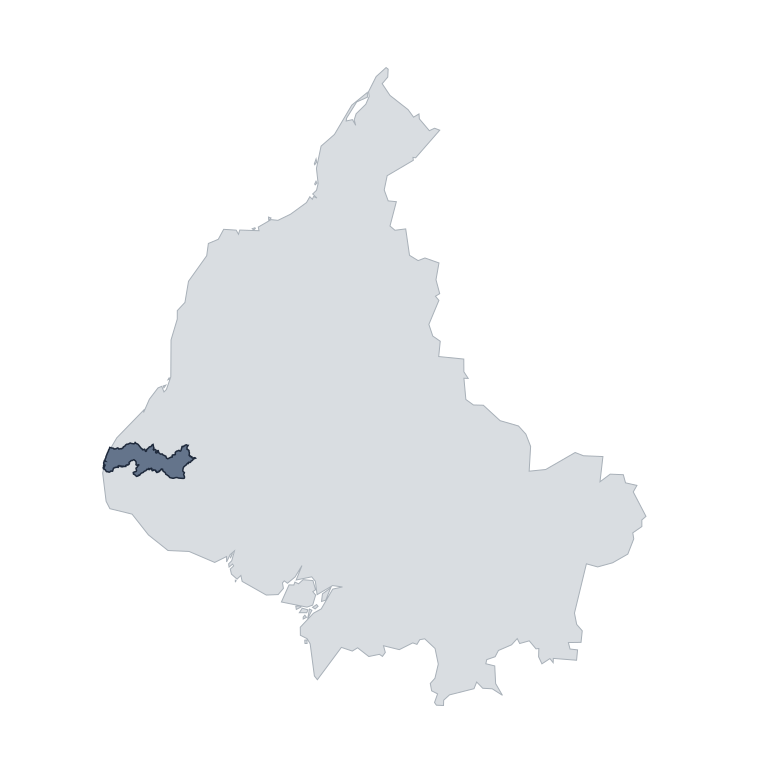 Brazil, with Pernambuco highlighted, rotated 185°
{"feature_id": "BRA-1313", "entity_name": "Pernambuco", "entity_type": "State", "adm_level": 1, "iso_a3": "BRA", "parent_name": "Brazil", "parent_adm1": "", "projection": "natural_earth1", "projection_center": [-37.928, -8.379], "detail": "fine", "context": "in_parent", "style": "filled", "palette": "slate", "viewbox_px": 768, "rotation_deg": 185, "n_neighbors": 0, "source": "natural_earth", "source_scale": "10m", "svg_char_len": 9581}
<svg xmlns="http://www.w3.org/2000/svg" viewBox="0 0 768 768"><g transform="rotate(185 384 384)"><path d="M209.5,133.4L216.9,140.8L226.2,137.3L229.1,142.0L234.2,135.3L246.8,128.5L249.5,122.0L257.6,118.4L258.2,114.2L249.1,112.8L246.7,95.3L238.9,84.2L249.6,89.8L259.1,89.5L265.7,95.2L267.8,88.3L291.7,80.0L297.0,74.2L296.7,68.9L303.8,68.6L305.9,71.1L303.6,80.0L309.8,82.5L311.8,89.7L307.6,95.3L305.5,109.7L310.1,125.0L321.2,133.7L326.1,132.4L328.5,127.5L332.8,128.6L345.6,120.7L361.7,123.2L359.3,116.7L361.8,112.5L365.0,114.3L375.4,111.2L387.3,118.9L392.3,115.2L403.5,117.9L424.6,83.6L427.9,87.1L434.9,118.7L438.4,123.6L445.4,126.4L446.2,134.4L434.3,149.5L426.9,154.5L417.2,175.2L407.7,178.2L417.7,178.7L432.3,168.3L435.2,181.5L439.2,185.6L454.4,181.1L449.9,196.0L455.8,184.0L462.8,177.1L466.2,179.2L467.8,177.0L466.4,171.6L471.1,165.0L482.9,163.5L508.1,175.0L509.9,180.8L513.4,176.8L519.4,181.3L521.0,186.2L517.9,189.7L519.2,191.4L522.4,188.1L523.1,191.3L520.3,194.6L518.4,204.8L522.4,200.6L525.3,193.0L525.8,198.4L537.1,191.5L563.6,200.2L584.7,199.3L605.5,213.1L623.6,232.4L646.2,235.9L650.6,242.9L656.5,270.7L654.2,288.8L645.5,307.1L621.0,337.2L621.0,334.7L616.4,348.4L608.8,360.4L605.2,362.3L602.5,356.9L600.3,359.6L597.0,372.5L600.0,409.3L595.6,430.6L596.3,439.1L589.4,447.9L587.7,469.3L571.8,496.3L571.2,508.7L561.7,513.7L557.2,524.1L544.7,524.4L542.0,520.5L541.1,524.8L521.9,525.8L522.9,529.4L510.8,537.9L503.9,537.8L491.9,545.0L477.0,558.0L474.2,564.1L471.5,561.8L470.5,564.6L467.0,563.4L471.6,567.1L468.1,571.1L467.1,578.0L470.1,593.0L467.4,615.5L455.1,628.3L440.4,659.0L426.0,673.0L425.5,668.3L435.8,662.6L444.4,645.7L444.6,642.7L438.5,644.6L434.7,639.2L436.7,644.5L435.3,650.8L426.5,661.1L423.8,669.2L424.9,673.8L418.6,689.6L409.5,699.4L407.3,698.0L407.0,690.1L412.0,683.0L403.2,672.0L383.9,659.4L377.8,652.4L372.7,656.1L371.9,651.2L360.9,640.3L355.9,643.2L350.6,641.7L372.2,612.1L374.9,612.3L374.3,609.4L399.0,591.8L400.7,577.3L395.8,566.8L387.6,566.7L391.8,541.9L386.5,538.1L375.9,540.4L369.8,514.4L360.8,509.9L354.2,513.1L339.8,509.4L341.3,492.4L336.4,478.9L340.4,475.9L336.6,472.1L344.5,447.3L339.6,436.0L331.7,431.5L331.9,416.1L306.7,415.8L305.5,403.1L300.6,396.9L304.9,396.7L301.1,375.7L293.1,370.9L283.2,371.5L265.2,357.6L246.4,353.9L238.3,346.4L232.5,334.6L231.8,309.8L215.5,312.9L187.6,332.4L179.1,329.9L159.6,330.8L160.3,305.4L150.8,313.9L137.7,314.5L134.8,306.6L123.2,305.0L126.3,298.2L111.5,275.0L115.3,271.0L114.7,264.5L123.2,257.4L121.7,251.5L126.3,235.8L140.7,225.8L155.2,220.4L166.7,222.5L174.3,172.4L171.1,161.3L165.0,155.4L165.2,143.8L177.8,142.5L175.6,136.2L168.0,136.0L168.1,125.6L191.4,125.4L191.2,121.1L194.8,124.9L202.3,119.0L206.2,125.7L206.7,134.0L209.5,133.4ZM441.3,155.0L467.2,157.9L461.1,175.6L456.3,175.9L455.5,178.9L451.7,177.5L447.5,182.0L437.7,182.0L434.2,173.1L436.8,170.9L433.7,167.8L435.8,157.5L441.3,155.0ZM419.3,176.3L423.2,163.6L427.3,161.9L427.0,169.6L419.3,176.3ZM448.4,148.8L445.9,153.5L440.1,152.4L441.0,149.4L448.4,148.8ZM439.6,143.6L438.6,153.3L436.1,152.3L439.6,143.6ZM452.5,154.9L448.8,155.5L447.2,154.6L451.7,151.8L452.5,154.9ZM435.7,155.3L431.9,158.4L430.3,156.8L433.0,153.9L435.7,155.3ZM442.7,146.8L440.9,144.8L444.0,142.8L444.2,144.7L442.7,146.8ZM440.6,121.9L438.5,122.3L438.0,118.8L440.1,118.6L440.6,121.9ZM471.3,602.3L470.4,599.2L472.1,596.4L472.6,597.2L471.3,602.3ZM513.0,536.7L513.6,540.2L511.0,539.5L513.0,536.7ZM469.4,580.1L468.3,578.3L469.9,576.4L470.5,577.2L469.4,580.1ZM521.7,198.5L520.1,202.1L521.8,197.0L521.7,198.5ZM603.8,362.8L601.2,363.9L602.9,361.0L603.8,362.8ZM528.8,527.2L526.2,528.4L525.7,527.7L527.3,526.1L528.8,527.2ZM599.6,369.4L598.6,371.4L598.0,370.2L599.6,369.4ZM514.8,173.6L515.0,175.6L514.2,175.3L514.8,173.6Z" fill="#d9dde1" stroke="#a8b0b8" stroke-width="1"/><path d="M655.3,274.8L654.8,275.0L655.7,275.0L656.1,275.1L656.2,275.5L656.5,276.1L656.2,277.0L656.0,276.4L656.0,276.9L655.6,276.0L655.5,276.3L655.8,277.1L655.7,277.4L655.4,277.5L655.2,277.6L655.1,277.9L655.5,277.6L655.3,278.4L655.3,279.0L655.9,279.3L655.9,280.3L656.1,279.9L656.4,280.7L656.3,280.9L656.4,281.1L656.3,281.4L655.9,283.3L655.7,283.3L655.5,283.2L655.0,282.8L654.8,282.8L655.1,283.0L655.2,283.7L655.4,283.9L655.5,283.6L655.2,285.1L654.9,285.7L654.6,286.6L654.6,287.2L654.6,287.8L654.4,288.1L653.4,291.5L652.8,292.9L652.8,293.1L652.7,293.2L652.6,294.2L652.0,295.2L651.7,296.9L651.3,296.8L650.9,296.8L649.6,296.5L648.3,296.5L647.3,296.0L647.2,295.7L645.3,296.1L644.1,297.0L643.7,297.1L642.8,296.7L642.7,296.6L642.6,296.2L641.5,296.3L640.3,296.8L640.1,296.8L639.9,296.6L639.7,296.6L638.9,297.3L638.6,297.6L638.2,297.9L638.3,298.4L638.2,298.6L636.6,299.7L636.5,299.9L636.2,300.6L635.1,301.6L633.6,301.8L631.7,303.1L630.8,302.8L628.0,302.6L627.7,302.7L627.3,303.0L626.8,304.1L626.6,304.0L626.0,303.3L625.6,303.1L624.2,302.7L623.5,302.2L620.5,299.0L619.9,298.6L619.3,298.3L618.8,297.4L618.0,297.5L617.1,298.2L616.7,298.1L616.4,297.8L616.3,297.2L615.9,296.4L615.6,296.1L615.3,296.1L614.8,296.6L614.7,298.0L613.0,299.8L612.5,300.6L612.2,300.9L610.8,301.3L610.7,301.5L610.3,302.0L610.0,302.7L609.5,303.2L608.8,303.7L608.6,303.2L608.2,301.5L608.1,301.2L607.7,300.5L607.7,300.1L607.8,299.8L607.7,299.6L608.0,299.1L608.1,298.6L607.6,298.1L606.8,298.8L606.4,298.9L605.4,298.3L605.0,297.5L605.5,296.6L605.6,296.1L605.4,295.7L604.8,295.4L604.3,295.6L603.9,296.1L603.7,296.7L603.7,297.5L603.6,297.9L603.4,298.0L603.1,298.0L603.0,297.8L602.5,296.3L602.4,296.0L602.3,295.8L601.5,295.4L601.0,294.9L600.2,294.6L599.7,294.8L599.0,295.0L598.7,294.9L598.4,294.5L597.8,294.0L596.6,293.6L596.2,293.6L595.8,293.2L595.1,293.1L595.0,292.7L594.7,292.4L594.4,291.5L594.2,291.2L593.7,291.1L593.2,290.7L592.9,290.7L592.6,290.8L589.8,292.6L588.8,292.7L588.6,292.8L588.6,293.1L588.8,294.2L588.7,294.6L588.6,294.8L587.7,295.0L587.1,295.2L586.2,295.3L585.9,295.4L585.8,295.6L585.7,295.9L586.0,296.9L585.9,297.7L585.8,297.9L584.8,299.0L583.6,299.4L582.7,300.0L582.1,299.9L581.9,299.6L581.4,299.4L580.8,299.5L580.5,300.0L579.9,303.0L579.8,303.5L579.8,304.0L579.7,304.2L579.3,304.3L578.7,304.1L578.4,304.2L578.1,304.7L577.8,304.9L577.2,305.0L576.8,305.7L576.6,305.8L575.5,306.2L574.8,305.9L574.3,305.6L573.8,305.7L574.0,305.2L574.5,304.5L574.7,303.9L574.7,303.1L574.5,302.3L574.6,301.9L574.4,301.7L573.7,301.6L572.9,301.0L572.5,300.8L572.4,299.7L572.0,299.0L571.9,298.7L571.9,298.0L571.8,297.3L572.0,296.2L571.8,295.8L571.5,295.5L571.2,295.7L570.8,295.5L570.7,295.4L570.6,294.9L570.5,294.7L569.5,294.9L569.2,294.9L569.0,294.6L569.0,293.9L568.7,293.7L568.2,293.6L567.4,293.7L566.7,294.0L566.3,294.1L565.9,294.1L565.3,293.7L566.5,293.1L567.5,292.4L567.7,292.1L568.2,291.1L569.3,290.7L569.4,290.4L569.5,290.0L569.9,289.4L570.1,289.1L570.6,288.9L571.2,289.1L571.4,289.2L571.5,289.2L571.8,288.8L572.0,287.8L572.6,288.0L572.8,288.0L573.0,287.4L573.6,287.0L573.9,286.2L574.8,285.5L575.7,284.5L576.0,284.3L576.3,283.9L576.7,282.7L576.9,280.7L576.8,279.8L576.6,279.4L576.1,279.0L575.3,278.5L575.1,278.3L575.3,277.6L575.6,277.0L575.7,276.4L575.5,275.9L575.3,275.5L574.7,274.3L574.6,273.8L574.7,272.9L575.3,272.5L576.8,272.4L580.5,272.4L581.9,272.8L582.2,272.8L583.4,272.6L585.3,271.8L586.4,271.7L589.1,272.1L589.4,272.3L590.8,273.8L591.6,274.0L592.3,274.6L593.4,275.0L593.6,275.2L593.9,276.1L594.5,276.9L596.0,277.6L596.6,278.1L597.2,279.8L598.2,279.3L598.5,279.8L598.6,279.7L599.4,278.4L600.0,277.5L600.2,277.4L600.4,277.6L600.7,276.8L601.3,276.6L601.6,276.7L602.0,276.2L602.4,276.1L602.7,276.1L602.9,276.1L603.2,277.0L603.5,277.2L603.8,277.2L603.9,277.3L603.9,278.0L604.0,278.1L604.5,278.2L604.8,278.4L605.3,278.3L605.9,277.9L606.1,277.9L606.3,278.2L606.8,277.6L607.2,277.4L607.3,277.4L607.5,277.6L607.9,278.7L607.9,279.4L608.0,279.6L608.5,279.8L608.8,279.6L608.9,279.2L609.2,279.4L609.6,279.3L609.8,279.1L610.0,278.6L610.4,279.1L611.0,279.3L611.1,279.1L611.0,278.7L611.3,278.3L611.7,278.2L612.4,278.5L612.6,278.5L613.0,278.1L613.5,277.1L613.8,276.8L615.0,276.3L615.4,276.0L615.8,275.4L616.2,274.9L617.7,274.2L618.4,273.7L618.7,273.1L619.2,272.5L619.3,272.1L619.4,271.9L620.0,271.6L620.2,271.9L620.5,271.8L620.8,271.6L621.1,270.9L622.5,270.4L622.9,270.7L623.9,271.6L624.5,271.9L625.0,272.3L625.5,272.3L625.8,272.6L625.8,273.1L626.1,273.9L626.0,274.1L625.8,274.2L624.4,274.9L623.8,275.0L623.3,275.3L623.1,275.6L623.0,276.5L623.6,278.0L623.7,278.6L623.5,278.8L622.8,279.3L622.6,279.9L622.0,281.0L621.3,281.6L621.2,282.1L621.3,282.2L621.5,282.2L621.9,282.0L622.4,281.9L623.0,281.5L623.9,281.8L624.0,282.0L624.1,282.3L623.9,283.0L624.3,285.0L625.0,285.9L625.6,286.1L626.0,286.5L626.5,286.8L626.9,286.7L627.9,285.9L628.3,285.8L629.0,285.8L629.2,285.7L629.8,285.0L630.1,284.5L630.7,284.2L631.1,283.7L631.1,283.2L630.7,282.4L631.2,281.6L631.4,281.5L631.9,281.4L631.8,281.2L632.0,281.0L633.0,280.8L633.4,280.9L633.7,280.7L634.0,280.4L634.2,280.2L634.2,279.9L634.0,279.6L634.0,279.4L635.2,279.2L636.2,279.4L636.5,279.1L636.9,278.7L637.0,278.8L637.1,279.3L637.6,279.3L637.8,279.2L638.2,278.7L638.4,278.6L638.6,278.6L638.8,278.7L638.8,279.3L639.0,279.5L640.2,279.2L640.6,279.3L640.9,279.6L641.0,279.5L641.0,279.2L641.6,279.1L641.8,279.0L641.8,278.9L641.8,278.7L641.3,278.3L641.3,278.0L641.4,277.8L641.7,277.8L641.7,278.2L641.9,278.3L642.7,278.0L644.0,277.4L644.5,277.6L645.3,276.9L646.1,276.6L646.2,276.2L646.7,273.9L646.8,273.5L647.0,273.4L647.9,273.4L648.3,273.6L648.5,273.5L649.4,272.5L650.1,272.2L650.6,272.3L651.7,272.6L652.3,272.4L652.9,272.6L653.2,272.9L653.8,273.6L654.0,274.2L654.9,274.5L655.3,274.8ZM655.9,277.3L656.1,277.3L656.1,277.5L656.3,278.0L656.1,279.1L655.4,279.0L655.5,278.2L655.8,277.8L655.9,277.3Z" fill="#64748b" stroke="#1e293b" stroke-width="1.5"/></g></svg>